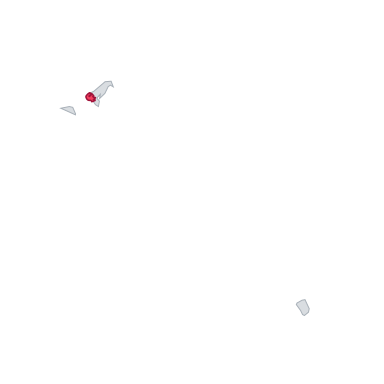 location of Tatakamotonga, Tongatapu, Tonga, rotated 112°
{"feature_id": "48082658B12474943410263", "entity_name": "Tatakamotonga", "entity_type": "district", "adm_level": 2, "iso_a3": "TON", "parent_name": "Tonga", "parent_adm1": "Tongatapu", "projection": "albers", "projection_center": [-175.133, -21.226], "detail": "fine", "context": "in_parent", "style": "filled", "palette": "rose", "viewbox_px": 384, "rotation_deg": 112, "n_neighbors": 0, "source": "geoboundaries", "source_scale": "gbopen_adm2", "svg_char_len": 1894}
<svg xmlns="http://www.w3.org/2000/svg" viewBox="0 0 384 384"><g transform="rotate(112 192 192)"><path d="M139.5,315.1L140.9,315.1L142.4,311.9L147.8,310.8L147.2,314.2L140.0,325.1L135.5,320.8L122.3,313.9L119.6,308.5L124.0,304.4L123.5,307.7L125.7,309.2L133.2,309.7L139.9,312.7L135.7,313.6L139.5,315.1ZM261.2,46.9L257.3,53.1L255.5,53.0L251.1,49.4L249.5,46.9L256.3,39.6L259.8,39.0L264.4,41.5L264.2,43.6L261.2,46.9ZM164.1,329.0L163.5,345.0L158.7,337.7L158.2,334.3L163.1,329.3L164.1,329.0Z" fill="#d9dde1" stroke="#a8b0b8" stroke-width="1"/><path d="M138.4,324.1L138.6,324.4L138.9,324.6L139.3,324.7L139.5,324.9L139.8,325.1L140.2,325.3L140.6,325.5L141.2,325.7L141.6,325.9L141.9,326.0L142.3,326.1L142.5,326.1L142.8,326.1L143.1,326.1L143.5,326.0L143.7,325.8L143.8,325.8L143.9,325.7L144.2,325.5L144.4,325.3L144.6,325.0L144.9,324.7L145.2,324.4L145.3,324.1L145.5,323.7L145.7,323.2L145.7,322.9L145.7,322.5L145.7,322.1L145.6,321.8L145.5,321.4L145.3,320.9L145.2,320.6L145.1,320.3L145.0,320.2L145.1,319.8L145.2,319.5L145.3,319.3L145.5,319.0L145.7,318.9L145.8,318.8L145.8,318.6L145.2,318.1L144.2,317.1L144.3,317.0L144.1,316.9L143.8,316.6L143.7,316.5L143.6,316.4L143.5,316.2L143.4,316.2L143.3,316.3L143.2,316.3L142.9,316.4L142.9,316.5L143.0,316.6L143.1,316.8L143.0,317.0L143.0,317.3L142.9,317.3L142.7,317.4L142.7,317.5L142.6,317.4L142.4,317.3L142.3,317.2L142.1,317.3L141.8,317.4L141.6,317.4L141.4,317.2L141.2,316.9L140.8,317.0L140.7,317.0L140.8,317.5L140.6,317.9L140.8,318.2L140.9,318.3L141.1,318.5L140.9,319.0L140.9,319.3L140.8,319.5L140.6,319.3L140.5,319.5L139.4,319.4L139.2,320.0L138.7,321.0L138.4,321.6L138.3,321.8L138.5,322.0L138.9,322.2L138.6,322.6L138.3,323.2L138.4,323.3L138.7,323.4L138.8,323.5L138.4,324.1L138.4,324.1ZM139.3,322.0L139.4,321.7L140.0,322.0L140.5,322.4L141.0,322.7L141.4,322.6L141.7,322.7L141.6,323.4L140.7,322.9L139.3,322.0Z" fill="#f43f5e" stroke="#9f1239" stroke-width="1.5"/></g></svg>